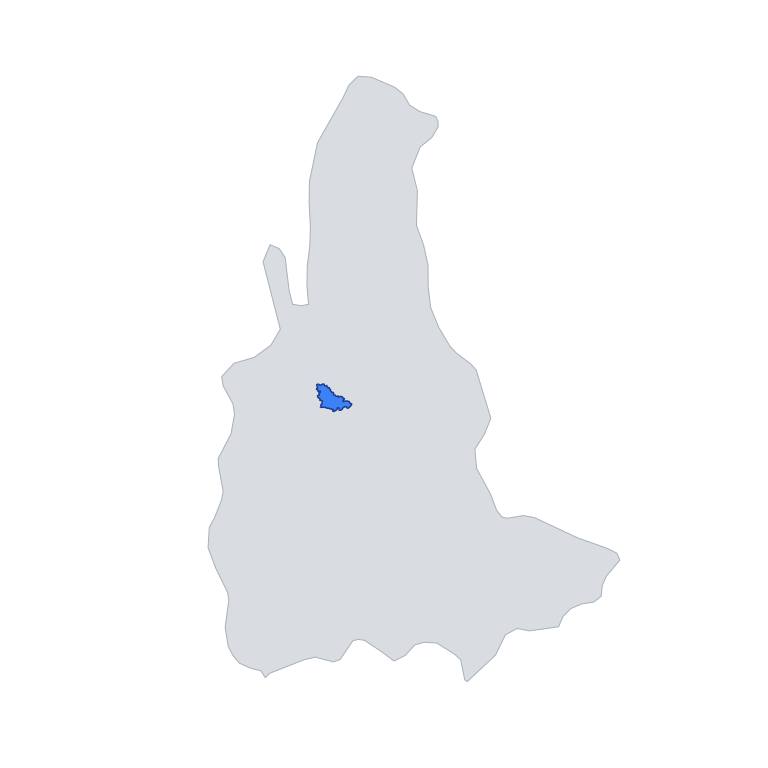 La Mata, Sánchez Ramírez, Dominican Republic shown in context, rotated 260°
{"feature_id": "3306468B26306333639139", "entity_name": "La Mata", "entity_type": "district", "adm_level": 2, "iso_a3": "DOM", "parent_name": "Dominican Republic", "parent_adm1": "Sánchez Ramírez", "projection": "orthographic", "projection_center": [-70.199, 19.067], "detail": "fine", "context": "in_parent", "style": "filled", "palette": "blue", "viewbox_px": 768, "rotation_deg": 260, "n_neighbors": 0, "source": "geoboundaries", "source_scale": "gbopen_adm2", "svg_char_len": 5832}
<svg xmlns="http://www.w3.org/2000/svg" viewBox="0 0 768 768"><g transform="rotate(260 384 384)"><path d="M114.6,513.8L115.6,484.5L120.1,472.7L116.1,460.2L97.6,446.7L86.4,429.5L76.4,414.3L78.7,412.1L99.0,411.7L106.1,406.2L119.8,390.8L122.7,378.4L121.6,368.9L112.9,357.6L109.5,345.7L120.5,335.4L134.9,320.4L136.9,314.6L136.6,308.8L120.2,292.8L119.1,285.9L127.0,268.7L126.3,257.2L119.0,221.4L115.4,216.1L122.8,213.1L127.7,202.5L134.2,193.1L142.9,188.1L152.6,185.0L171.9,185.3L198.6,193.8L206.2,193.7L231.9,186.3L253.2,182.3L273.3,187.1L281.3,193.6L297.9,203.8L306.2,207.0L332.3,206.8L339.5,207.8L361.5,224.7L380.0,231.5L390.7,231.8L410.0,225.3L419.5,225.4L430.5,240.0L432.7,260.6L441.9,279.4L456.0,291.4L525.3,286.1L540.9,295.9L535.6,304.2L525.8,308.6L492.8,306.8L478.4,307.8L475.5,316.0L475.5,323.5L494.8,325.3L513.8,329.0L533.1,335.0L552.7,339.0L574.8,341.6L596.6,345.8L633.1,360.4L673.5,393.7L684.4,401.3L691.6,411.8L688.3,424.9L674.2,446.3L666.1,453.3L654.2,457.6L646.2,466.4L638.5,481.4L633.7,482.7L628.0,482.1L618.3,473.7L611.2,460.8L591.7,448.8L568.7,450.5L534.6,443.5L514.0,447.1L493.4,448.0L472.3,444.4L451.1,443.2L430.0,447.8L409.5,455.6L401.9,460.6L388.8,472.8L381.8,477.2L331.8,483.3L317.4,474.4L304.1,462.2L284.9,460.5L257.0,469.8L239.6,473.1L232.5,477.1L230.4,481.7L230.2,498.7L226.2,509.1L198.8,548.0L183.3,575.4L176.9,583.9L169.6,585.7L156.3,569.8L147.8,564.0L137.2,561.0L132.8,552.6L133.1,540.6L130.4,529.0L123.9,519.8L114.6,513.8Z" fill="#d9dde1" stroke="#a8b0b8" stroke-width="1"/><path d="M372.1,317.7L371.9,318.0L371.8,318.4L371.8,318.8L371.8,319.7L371.8,320.0L371.7,320.3L371.7,320.5L371.4,321.0L371.2,321.9L370.7,322.9L370.6,323.1L370.1,323.7L369.9,324.0L369.9,324.3L369.8,325.2L369.7,325.4L369.5,325.7L369.0,326.4L368.5,327.4L368.4,327.6L368.3,328.2L368.2,328.4L367.8,329.4L367.7,329.5L367.4,329.7L367.2,329.7L366.9,329.4L366.8,329.1L366.7,329.1L366.4,328.9L366.2,329.0L365.9,329.1L365.8,329.4L365.8,329.7L365.8,330.1L365.8,330.5L366.0,331.0L366.2,331.5L366.4,331.9L366.7,332.4L366.7,332.6L366.8,333.0L367.0,333.3L367.7,333.5L367.9,333.6L368.4,333.9L368.6,334.0L368.7,334.3L368.7,334.5L368.6,334.8L368.3,335.2L368.2,335.3L367.8,335.4L367.4,335.4L365.9,335.4L365.8,336.0L365.8,336.7L365.8,337.0L365.9,337.4L366.0,337.6L366.2,338.0L366.4,338.3L366.5,338.5L366.8,338.8L367.3,339.0L367.6,339.3L367.7,339.5L367.8,339.7L368.0,340.4L368.2,340.9L368.3,341.1L368.3,341.3L368.3,341.7L368.3,342.0L368.3,342.4L368.3,342.6L368.2,342.8L367.5,343.2L367.3,343.3L366.9,343.5L366.7,343.6L366.5,343.8L366.4,344.0L366.4,344.4L366.5,344.6L366.7,345.0L366.9,345.4L367.2,346.0L367.4,346.4L367.5,346.6L367.9,347.0L369.0,348.2L369.3,348.5L369.5,348.6L369.8,348.7L370.1,348.6L370.3,348.4L370.4,348.0L370.6,347.7L370.8,347.5L370.9,347.3L371.2,347.1L371.4,347.1L371.6,347.0L372.4,346.9L372.6,346.8L372.7,346.7L372.8,346.5L372.9,346.1L373.0,345.9L373.1,345.7L373.6,345.1L373.7,344.9L373.8,344.6L373.8,344.2L373.8,343.0L373.8,342.5L373.9,342.1L374.0,341.9L374.0,341.7L373.9,341.4L373.8,341.1L373.8,340.9L373.9,340.7L374.0,340.6L374.3,340.6L374.5,340.7L374.8,341.0L375.0,341.0L375.4,341.4L375.5,341.6L375.7,341.8L375.8,342.0L376.0,342.2L376.2,342.3L376.3,342.4L376.5,342.4L376.7,342.2L376.8,342.0L376.9,341.8L376.9,341.6L377.0,341.4L377.2,341.2L377.3,341.1L377.5,341.1L378.0,341.0L378.2,340.9L378.4,340.8L378.6,340.6L378.8,340.4L378.9,340.1L379.1,339.7L379.3,339.2L379.3,338.7L379.3,338.0L379.2,337.5L379.1,337.1L379.6,337.0L379.8,337.0L380.0,336.9L380.2,336.7L380.2,336.3L380.1,336.1L380.0,335.8L379.9,335.6L379.9,335.4L379.9,335.2L380.1,334.8L380.2,334.6L380.4,334.5L380.7,334.4L380.9,334.3L381.5,334.0L381.6,333.9L381.7,333.6L381.7,333.4L381.7,332.9L381.8,332.8L381.9,332.6L382.0,332.6L382.6,332.5L382.8,332.5L383.1,332.6L383.7,332.8L383.9,332.8L384.1,332.7L384.5,332.5L384.6,332.4L384.7,332.1L384.8,331.5L384.9,331.3L384.9,331.2L385.1,331.1L385.6,330.9L385.8,330.8L386.0,330.6L386.3,330.3L386.4,330.2L386.6,330.1L386.9,330.1L387.2,330.1L387.6,330.3L387.8,330.3L388.0,330.2L388.6,329.8L388.8,329.7L389.0,329.6L389.5,329.5L389.8,329.4L390.0,329.1L390.0,328.9L389.9,328.7L389.9,328.3L389.9,328.2L390.0,328.2L390.6,328.0L390.8,327.9L391.2,327.7L391.4,327.6L391.8,327.4L392.4,327.3L392.3,326.7L392.2,326.5L392.2,326.2L392.2,325.9L392.3,325.6L392.4,325.4L392.6,325.3L392.8,325.2L393.0,325.1L393.8,325.1L394.0,325.0L394.1,324.9L394.3,324.7L394.5,324.4L394.6,324.2L394.6,323.8L394.6,323.6L394.3,322.9L394.3,322.7L394.2,322.0L394.1,321.8L393.8,321.1L393.8,320.8L393.8,320.7L394.0,320.4L394.3,320.2L394.7,319.9L394.9,319.8L395.0,319.6L395.2,319.3L395.3,318.4L395.2,317.9L395.0,317.7L394.9,317.6L394.6,317.6L394.1,317.6L393.6,317.6L393.4,317.6L392.9,317.8L392.7,317.8L392.2,317.7L391.8,317.7L391.5,317.8L391.3,317.5L391.2,317.2L391.0,316.8L390.9,316.7L390.6,316.7L390.4,316.7L390.3,316.8L390.2,317.1L390.2,317.6L389.4,317.6L389.2,317.6L388.9,317.6L388.5,317.7L388.1,318.0L387.9,318.2L387.8,318.3L387.8,318.7L387.8,318.9L387.9,319.0L388.1,319.5L388.1,319.8L388.0,320.0L387.9,320.0L387.7,320.1L387.3,320.1L387.1,320.0L386.9,319.9L386.8,319.6L386.7,319.0L386.6,318.8L386.5,318.6L386.4,318.5L386.0,318.3L385.7,318.3L385.2,318.4L385.0,318.5L384.8,318.5L384.6,318.5L384.5,318.4L384.4,318.3L384.4,318.2L384.3,317.8L384.2,317.2L384.2,316.9L384.1,316.7L383.8,316.5L383.5,316.5L382.8,316.5L382.5,316.6L382.3,316.6L382.2,316.7L382.0,316.8L381.8,317.0L381.6,317.3L381.4,317.4L381.2,317.8L381.0,318.0L380.4,318.3L380.2,318.4L379.8,318.3L379.7,318.1L379.4,318.0L379.2,318.0L378.9,318.2L378.8,318.4L378.7,319.2L378.7,319.4L378.6,319.6L378.4,319.9L378.2,320.1L377.9,320.3L377.7,320.3L377.5,320.2L376.8,319.9L376.4,319.7L376.2,319.6L375.3,319.5L375.1,319.4L374.9,319.1L374.7,318.6L374.6,318.4L374.4,318.2L374.2,318.1L373.7,318.0L373.4,318.1L373.0,318.2L372.8,318.2L372.7,318.2L372.3,318.0L372.1,317.7Z" fill="#3b82f6" stroke="#1e3a8a" stroke-width="1.5"/></g></svg>